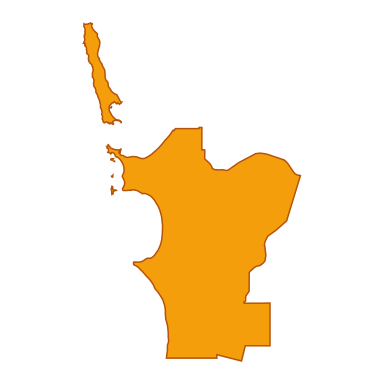 Rockingham, Western Australia, Australia (orthographic projection)
{"feature_id": "25037944B36908504302594", "entity_name": "Rockingham", "entity_type": "district", "adm_level": 2, "iso_a3": "AUS", "parent_name": "Australia", "parent_adm1": "Western Australia", "projection": "orthographic", "projection_center": [115.705, -32.307], "detail": "fine", "context": "isolated", "style": "filled", "palette": "amber", "viewbox_px": 384, "rotation_deg": 0, "n_neighbors": 0, "source": "geoboundaries", "source_scale": "gbopen_adm2", "svg_char_len": 5831}
<svg xmlns="http://www.w3.org/2000/svg" viewBox="0 0 384 384"><path d="M173.2,130.1L169.4,135.5L166.7,138.6L165.3,140.0L162.3,143.8L158.8,147.8L155.7,150.7L153.5,152.5L151.9,154.1L148.7,156.2L145.7,157.9L144.7,158.3L143.0,158.6L141.4,158.5L139.6,158.0L136.5,156.8L132.7,156.5L127.9,157.4L126.8,157.4L125.9,157.1L122.9,155.5L120.8,155.2L120.3,154.7L119.9,153.7L120.0,153.3L121.0,149.1L120.7,149.1L119.7,153.0L118.8,152.7L119.3,150.7L120.0,150.5L120.0,149.9L119.5,149.8L117.8,149.9L115.2,149.7L111.3,148.3L110.2,147.5L109.8,146.4L108.8,146.0L108.6,145.0L108.3,144.6L108.1,144.7L108.2,145.5L107.4,146.4L106.9,146.4L107.2,146.7L107.2,147.1L106.9,147.5L107.1,148.2L107.6,148.3L108.2,148.7L108.5,150.2L108.4,151.1L107.9,152.3L108.4,152.3L109.4,153.0L110.0,153.0L110.5,153.3L110.8,153.9L111.3,153.4L111.6,152.6L112.6,152.6L113.7,153.1L114.9,154.5L115.5,156.4L116.0,156.8L118.1,157.5L120.2,159.6L121.8,161.9L123.2,164.7L124.0,167.9L124.0,171.1L123.7,172.7L122.4,175.7L122.3,176.7L124.3,180.7L124.6,182.0L124.7,183.1L124.4,184.9L122.9,188.1L122.5,188.6L122.8,190.2L123.3,190.5L126.2,190.6L128.4,190.3L131.4,190.3L131.8,190.0L132.3,189.9L134.2,189.9L137.4,190.7L142.6,193.8L143.4,193.4L144.0,193.4L146.3,193.8L150.0,195.6L152.1,197.4L154.5,200.2L157.1,204.6L157.8,205.5L158.9,208.0L160.0,210.7L161.3,215.4L161.8,218.1L162.6,225.8L162.3,234.3L161.7,239.6L161.0,243.1L160.1,245.7L158.2,250.0L154.3,255.5L152.7,257.0L151.1,258.0L150.3,258.2L147.1,258.3L145.8,259.0L143.1,260.9L141.0,261.8L138.9,262.1L133.8,262.0L133.6,262.1L133.5,262.7L133.7,264.5L134.1,265.0L135.4,265.5L137.0,266.4L139.1,268.1L141.0,270.2L141.9,270.9L147.3,277.1L148.2,277.9L149.8,279.6L153.2,284.5L153.7,285.5L154.1,286.7L155.2,288.9L157.8,291.9L159.1,293.8L161.6,297.6L163.0,300.4L164.3,304.4L164.9,306.6L165.4,310.6L165.3,313.1L165.7,318.9L166.9,323.1L167.5,325.8L167.9,328.8L168.3,333.7L168.2,336.5L168.6,340.4L168.5,342.0L167.4,345.4L167.4,350.8L166.8,354.9L166.4,358.1L216.9,358.1L216.9,354.7L241.5,361.0L245.3,345.8L270.0,345.8L270.0,303.0L263.4,303.2L244.1,303.2L243.9,302.1L245.6,301.0L245.7,296.3L249.1,291.2L249.2,272.5L250.1,271.4L254.5,267.4L256.7,266.2L259.8,265.6L262.7,263.5L264.9,261.1L265.9,255.3L264.8,246.3L264.6,246.3L264.5,244.8L264.7,243.0L265.3,241.1L267.7,236.2L275.8,230.4L286.6,220.9L300.4,175.7L299.7,175.3L299.6,175.5L297.0,174.9L295.1,173.8L294.9,173.4L294.3,173.0L293.3,171.7L288.2,164.1L286.3,161.8L285.2,160.8L283.9,160.1L284.0,159.9L268.5,154.7L265.6,153.9L262.5,153.4L259.7,153.1L259.0,153.3L255.8,153.6L238.8,162.6L228.7,169.7L227.8,170.2L226.1,170.5L223.0,169.7L218.9,170.0L214.3,169.5L213.6,169.3L212.5,168.2L212.1,168.2L211.8,167.0L211.4,165.9L209.5,163.3L204.7,158.8L204.8,150.1L204.6,149.8L201.8,149.8L201.9,127.5L199.1,127.5L199.0,128.6L175.4,128.6L174.0,130.7L173.2,130.1ZM92.7,67.7L93.2,70.0L92.3,74.0L92.6,75.5L92.3,76.9L92.5,77.3L93.3,78.1L93.7,79.2L93.9,81.2L93.5,84.1L93.6,84.7L94.0,85.7L93.9,86.5L94.7,87.3L95.5,89.0L95.9,90.2L95.9,92.5L96.9,93.5L97.0,94.3L97.8,95.9L97.8,96.8L98.4,97.7L99.7,101.2L99.9,102.7L100.2,103.3L100.5,104.7L100.4,107.5L100.7,108.2L101.4,108.7L101.4,109.5L102.1,112.2L102.0,113.0L101.6,114.0L102.6,116.5L102.4,118.0L102.1,118.8L103.0,120.3L103.0,121.2L103.2,122.0L104.3,122.9L104.9,122.7L105.5,122.1L105.5,121.9L106.5,121.9L107.5,122.4L107.9,123.0L108.2,123.0L108.3,122.7L108.5,122.6L108.7,123.1L109.3,123.4L109.5,123.8L110.3,123.6L110.2,123.1L110.3,122.9L111.0,122.9L112.5,124.1L113.3,124.2L113.6,123.8L113.3,123.1L112.8,122.6L112.7,121.8L113.6,120.9L114.2,120.6L115.5,120.4L117.2,120.4L119.6,120.9L120.4,121.6L121.1,122.6L121.4,122.4L121.4,122.2L120.9,121.5L120.0,120.7L119.0,120.2L116.0,119.6L114.3,118.2L113.0,116.9L111.6,115.0L109.3,110.7L109.0,108.9L109.4,107.8L111.4,107.8L111.7,106.2L111.2,107.4L111.0,107.6L109.2,107.5L109.2,107.0L109.3,106.2L109.8,105.3L110.5,105.1L110.5,104.8L111.1,104.0L112.3,102.9L112.9,102.7L113.4,102.8L114.3,101.7L116.9,103.9L117.1,103.7L116.9,103.5L117.6,102.7L119.4,104.2L119.6,103.8L120.7,103.6L121.7,102.1L121.1,102.2L120.5,101.6L116.9,94.9L116.5,94.5L114.3,93.7L112.0,91.8L111.1,90.8L110.7,89.7L108.5,86.6L108.2,84.9L108.1,83.5L107.7,82.1L107.3,81.5L105.9,80.0L105.6,79.2L105.1,77.4L105.0,73.1L104.6,69.8L102.3,65.5L101.8,63.6L101.0,62.8L100.0,61.3L99.4,59.6L99.3,58.6L97.9,56.6L97.7,55.5L97.5,54.1L97.8,52.1L99.7,44.7L99.8,41.7L99.2,40.0L97.4,36.8L97.2,35.5L97.5,34.4L97.4,33.8L94.0,30.6L92.4,28.3L91.6,26.2L91.5,25.3L91.6,24.9L92.2,24.5L92.2,23.6L91.4,23.5L90.5,23.0L90.3,23.4L88.7,23.6L87.6,24.2L86.1,24.1L85.5,24.5L84.6,24.3L84.0,23.8L83.9,24.9L83.9,26.3L84.0,26.9L84.4,27.3L84.7,27.9L85.0,28.9L85.1,30.5L84.8,31.8L85.2,33.4L85.0,34.0L84.6,34.5L84.9,34.8L84.9,35.1L84.4,35.4L84.3,36.6L84.1,36.9L84.5,37.5L84.8,39.7L84.7,40.5L84.6,40.9L84.3,41.3L84.1,41.9L83.8,42.3L84.1,42.8L83.6,43.3L84.4,43.4L84.7,43.1L85.0,43.4L84.8,44.4L85.4,44.8L85.3,45.0L84.9,44.9L84.9,45.8L85.2,46.1L85.6,45.9L85.9,46.8L86.3,47.2L86.5,48.6L86.4,49.8L86.7,50.6L86.9,51.8L86.6,53.3L88.3,54.8L88.6,55.7L88.7,57.0L88.3,58.6L88.7,59.9L88.6,61.1L89.7,62.3L90.2,63.4L91.8,64.5L92.0,65.0L92.0,66.0L92.8,67.1L92.7,67.7ZM111.9,188.1L111.1,188.8L111.1,189.0L111.5,189.8L111.9,194.5L113.1,193.8L113.1,193.5L112.6,193.1L112.6,192.5L113.5,191.9L113.8,191.2L114.4,190.8L115.0,190.8L115.3,190.5L116.3,190.3L116.1,190.1L114.2,190.0L112.9,189.4L112.6,188.4L112.8,187.7L112.7,186.9L112.5,186.5L112.2,186.4L111.7,186.4L111.9,188.1ZM110.8,159.8L111.9,160.1L112.3,159.4L113.0,159.3L113.4,158.7L112.0,158.8L112.1,159.0L111.9,159.1L111.6,159.0L111.5,159.3L111.4,159.3L111.5,158.9L111.0,159.0L111.1,159.3L110.8,159.3L110.8,159.8ZM112.6,177.1L112.9,176.3L112.6,175.8L112.7,175.3L112.2,175.8L111.5,176.2L111.8,176.7L112.1,176.4L112.3,176.4L112.4,177.0L112.6,177.1ZM113.7,161.3L114.6,161.5L114.6,161.2L114.3,161.0L114.2,161.1L113.5,161.1L113.7,161.3Z" fill="#f59e0b" stroke="#b45309" stroke-width="1.5"/></svg>